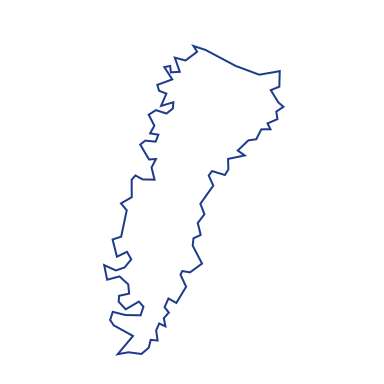 outline of King William, Virginia, United States of America, rotated 72°
{"feature_id": "52423323B734450842646", "entity_name": "King William", "entity_type": "district", "adm_level": 2, "iso_a3": "USA", "parent_name": "United States of America", "parent_adm1": "Virginia", "projection": "mercator", "projection_center": [-77.062, 37.714], "detail": "fine", "context": "isolated", "style": "outline", "palette": "blue", "viewbox_px": 384, "rotation_deg": 72, "n_neighbors": 0, "source": "geoboundaries", "source_scale": "gbopen_adm2", "svg_char_len": 1423}
<svg xmlns="http://www.w3.org/2000/svg" viewBox="0 0 384 384"><g transform="rotate(72 192 192)"><path d="M53.6,145.5L60.2,143.8L64.9,157.5L58.9,166.8L73.9,166.5L71.7,175.1L65.4,173.8L64.7,179.7L78.8,176.0L79.4,191.9L85.6,192.0L90.5,186.0L100.6,194.8L100.9,182.0L106.7,184.4L109.5,192.0L103.0,201.0L105.1,209.3L117.3,207.3L123.3,213.7L127.1,206.3L132.9,211.0L128.7,220.6L130.9,226.6L147.8,222.8L149.5,216.1L156.2,222.9L168.7,223.8L164.8,235.0L158.8,240.7L161.7,245.6L178.3,250.9L180.9,263.1L189.2,259.7L212.6,273.2L212.6,282.2L230.3,283.4L228.8,272.3L237.3,270.6L242.9,279.4L243.1,288.6L234.4,298.1L249.2,299.8L249.9,287.0L260.2,281.2L269.2,283.2L268.2,293.5L273.8,295.6L283.1,291.3L279.8,276.4L286.1,273.6L293.4,279.0L288.4,293.4L281.5,304.4L288.4,309.4L294.7,307.6L310.7,292.6L323.3,312.8L324.8,301.9L330.4,290.2L326.7,281.2L319.9,277.0L322.6,270.6L312.6,268.9L306.9,263.8L311.6,258.8L303.3,257.8L299.5,251.3L293.1,253.7L286.0,247.3L292.7,241.2L280.3,226.9L267.1,228.5L264.2,225.7L267.8,218.7L263.2,204.6L243.2,207.9L236.5,204.9L235.5,197.0L223.3,196.1L216.9,187.0L205.8,187.7L192.5,169.8L181.5,171.0L178.3,166.5L186.0,155.4L181.7,150.4L171.7,147.5L173.5,130.6L166.7,135.7L160.3,122.4L161.7,114.6L153.8,106.7L156.6,98.0L150.1,99.0L149.1,88.2L141.6,87.0L139.2,78.7L133.5,82.2L119.5,85.6L118.8,76.4L104.1,71.2L103.4,76.9L101.2,91.8L85.7,111.4L61.0,135.3L53.6,145.5Z" fill="none" stroke="#1e3a8a" stroke-width="2"/></g></svg>